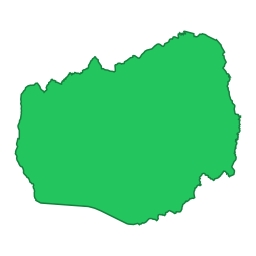 Veal Veaeng, Pouthisat, Cambodia
{"feature_id": "14789045B9222272664434", "entity_name": "Veal Veaeng", "entity_type": "district", "adm_level": 2, "iso_a3": "KHM", "parent_name": "Cambodia", "parent_adm1": "Pouthisat", "projection": "robinson", "projection_center": [103.138, 12.256], "detail": "fine", "context": "isolated", "style": "filled", "palette": "green", "viewbox_px": 256, "rotation_deg": 0, "n_neighbors": 0, "source": "geoboundaries", "source_scale": "gbopen_adm2", "svg_char_len": 5726}
<svg xmlns="http://www.w3.org/2000/svg" viewBox="0 0 256 256"><path d="M37.4,83.2L35.8,83.3L33.7,85.3L32.9,85.1L32.0,85.3L30.6,85.2L28.2,85.8L26.9,86.7L25.6,87.7L25.3,89.2L24.6,90.4L23.7,91.0L22.8,92.6L21.3,94.3L20.8,99.4L21.2,101.9L20.7,103.7L21.3,105.3L21.5,106.6L21.2,108.4L21.5,111.0L21.2,112.1L21.4,113.3L20.5,119.1L19.6,120.4L19.4,122.5L18.1,125.3L18.0,126.4L18.3,127.9L19.3,130.3L19.3,137.4L19.2,138.8L18.9,138.9L18.0,138.5L17.8,138.8L17.1,142.2L16.7,143.4L16.6,144.2L17.1,145.6L17.6,146.3L17.6,146.8L16.2,149.8L15.6,151.6L15.7,152.4L15.4,153.8L16.3,155.0L16.8,156.0L17.0,156.8L16.6,158.0L17.1,160.2L18.6,162.7L19.2,164.3L20.1,165.8L21.1,166.6L21.9,166.6L23.0,168.4L23.6,170.6L23.5,172.6L24.0,173.7L26.5,176.3L26.9,177.2L27.6,177.7L28.4,177.9L29.3,179.8L30.0,182.1L31.2,182.8L31.8,183.7L32.8,183.7L33.4,184.1L33.7,185.4L33.2,186.3L33.3,187.1L33.5,188.2L34.0,188.7L34.6,191.3L34.3,192.4L34.4,196.4L34.9,198.0L36.0,199.6L35.9,200.4L40.8,203.0L88.4,206.5L94.8,208.2L100.9,210.8L127.0,223.7L128.7,224.1L133.6,224.5L137.5,223.4L138.6,223.9L139.3,224.7L140.0,224.1L141.1,224.0L142.4,222.8L143.2,223.1L144.4,222.9L146.1,221.9L148.7,219.0L149.9,218.5L151.9,218.6L152.7,219.1L155.4,219.5L156.6,220.6L157.3,220.1L158.2,218.7L157.9,216.9L158.4,214.9L159.6,214.5L161.4,214.8L162.3,214.5L162.8,215.1L164.2,215.1L164.7,215.5L165.7,214.0L165.6,212.8L166.1,212.4L167.4,212.1L168.7,210.8L169.7,210.6L173.7,212.6L174.2,213.3L174.8,213.5L176.0,212.9L176.3,211.8L179.4,211.9L180.5,211.6L181.8,209.2L182.0,207.1L182.5,206.0L182.7,204.5L184.1,203.5L185.0,202.6L185.7,201.3L186.2,201.1L186.7,201.6L187.8,201.0L189.5,199.6L190.0,198.6L190.8,198.8L192.1,198.2L193.4,198.4L194.7,197.6L194.1,194.9L193.9,193.1L194.1,191.3L194.8,189.9L194.9,188.2L195.6,188.1L196.6,187.0L197.1,185.9L198.2,185.1L199.3,185.1L200.0,185.6L201.0,184.9L200.8,184.3L199.8,183.7L200.4,182.0L199.7,181.2L199.4,179.6L200.2,178.6L199.6,177.9L199.7,177.2L201.7,175.1L202.3,173.7L203.5,173.4L204.6,173.5L205.0,173.9L205.4,175.1L205.8,175.0L208.1,175.6L208.5,177.3L210.0,177.6L210.2,178.4L210.8,178.9L211.8,178.9L213.6,180.4L214.3,179.9L214.6,178.9L217.8,178.0L219.3,176.9L219.3,176.3L220.4,176.0L220.9,174.9L222.0,173.9L222.3,173.0L223.0,172.6L223.2,171.7L223.6,171.2L225.1,171.3L226.6,172.9L226.7,173.9L227.4,173.5L228.0,174.1L228.7,176.1L229.5,176.7L230.1,175.9L230.7,175.9L233.8,174.5L234.4,171.9L234.4,170.5L232.0,167.4L231.9,166.5L234.1,161.6L235.5,160.1L235.9,159.3L236.1,157.6L236.0,156.9L235.1,155.0L235.4,154.4L234.3,153.2L235.1,152.4L235.0,151.8L234.7,151.7L234.9,149.8L235.4,148.6L235.8,148.4L235.9,148.1L235.4,147.7L235.8,146.9L235.6,146.5L236.1,144.8L236.6,144.2L236.8,143.4L236.8,143.1L236.4,142.6L236.6,142.1L235.6,141.5L235.7,140.8L236.3,140.4L235.7,140.1L235.7,139.7L236.6,139.1L237.5,139.6L237.9,139.2L237.8,137.6L238.2,137.0L237.7,135.9L238.3,134.7L237.2,134.3L237.2,133.6L237.6,133.2L238.6,132.9L239.7,131.5L239.9,130.6L239.5,129.8L239.8,128.7L239.3,128.4L239.0,127.4L239.7,126.7L239.2,125.5L240.0,124.4L239.5,123.8L239.4,121.9L239.9,120.1L238.5,119.5L238.5,119.3L239.4,118.7L239.4,117.3L240.1,117.5L240.6,117.0L240.3,116.6L240.4,116.1L238.9,116.1L238.4,115.7L238.4,114.8L238.1,114.5L235.8,114.2L235.3,113.6L235.0,113.5L234.2,109.0L234.8,106.4L234.7,105.3L232.4,103.1L232.1,100.7L230.7,99.6L230.0,97.0L229.6,96.3L229.1,93.0L229.2,92.0L228.5,90.6L228.0,88.8L228.2,88.5L228.0,87.5L227.3,86.7L227.2,86.3L227.4,85.5L228.1,84.3L228.0,81.8L229.1,81.1L229.9,79.4L229.8,77.9L229.0,77.1L228.6,76.4L228.8,75.5L229.6,76.0L228.6,74.2L227.8,73.8L226.8,73.8L225.8,71.4L223.0,68.1L223.4,67.1L224.3,66.5L224.8,64.3L226.1,62.3L226.0,61.8L224.2,58.3L224.0,55.9L222.8,55.0L222.9,54.0L223.4,53.0L224.2,52.7L224.6,52.2L221.8,47.4L221.1,45.8L221.1,45.1L216.5,39.8L216.2,40.2L215.6,40.1L207.6,36.2L205.4,34.6L202.3,33.8L201.5,34.4L200.0,34.2L199.7,34.3L199.6,34.7L198.5,35.4L198.1,36.1L197.3,36.6L196.5,36.8L195.4,36.6L195.1,36.3L194.2,36.5L193.8,34.5L193.8,33.7L185.1,31.4L184.1,31.3L183.8,31.7L184.2,33.0L185.2,33.2L185.4,33.8L185.2,33.9L184.7,33.7L183.6,33.7L183.3,34.3L183.1,33.6L182.7,33.4L182.4,34.4L182.2,34.4L182.2,34.1L181.8,33.6L181.4,33.9L181.6,34.6L181.2,34.8L181.1,33.8L180.7,33.3L180.4,33.3L180.4,33.6L179.8,33.9L179.4,33.2L179.1,34.0L178.3,34.1L178.1,35.2L178.5,37.4L178.0,38.2L174.8,36.9L173.3,37.0L172.3,39.1L171.3,38.9L170.1,39.2L169.6,39.6L169.1,40.6L169.0,41.6L167.7,42.5L165.2,43.5L164.8,43.8L164.1,45.6L163.4,46.3L163.0,46.4L161.7,45.8L160.4,44.7L159.4,44.2L158.3,44.0L157.1,44.3L154.7,46.1L151.9,48.9L147.0,50.1L144.9,51.3L144.1,52.5L141.7,54.7L140.5,56.8L139.4,58.1L138.2,58.1L134.7,55.7L133.2,55.6L132.9,55.8L132.7,57.3L130.5,57.7L126.9,60.5L124.7,61.7L124.4,62.1L124.2,63.3L123.9,63.6L122.3,63.6L121.7,64.0L119.9,63.2L118.1,63.3L116.6,64.7L115.4,64.8L115.0,65.6L115.3,69.1L115.3,70.8L115.2,71.2L114.1,71.9L112.8,71.4L110.2,71.2L107.7,70.1L104.9,69.8L103.4,68.7L101.6,68.7L101.2,66.0L98.3,61.7L98.1,59.7L96.3,58.6L95.5,57.0L94.9,56.8L93.9,58.0L92.6,58.8L91.9,60.2L91.0,60.8L89.6,63.8L88.6,65.3L88.5,67.5L87.6,68.6L87.1,68.3L84.9,69.7L83.6,69.9L82.6,70.6L82.6,72.1L81.6,73.1L81.1,72.8L81.0,73.2L80.4,73.3L80.0,73.9L79.7,73.6L79.3,73.7L77.9,73.1L77.4,73.4L76.3,73.3L75.9,72.8L74.8,72.5L74.1,73.6L73.6,73.8L72.8,73.5L72.7,74.0L71.9,74.7L71.7,73.9L71.4,73.6L71.0,73.8L70.1,72.8L69.5,73.1L69.4,74.3L68.6,74.5L68.2,75.6L67.3,76.7L65.9,77.8L65.9,78.9L65.5,79.1L65.1,78.8L63.9,79.5L64.0,80.7L63.8,81.0L62.6,80.9L62.2,81.3L61.9,82.4L61.5,82.8L61.5,84.1L60.4,83.9L57.1,82.3L55.6,82.1L55.7,81.1L54.2,80.4L53.1,80.5L52.1,79.3L51.5,79.5L51.2,79.7L51.0,80.7L50.1,81.8L48.8,82.6L48.5,84.3L47.2,85.2L46.2,87.8L46.9,89.2L46.5,90.2L45.9,90.5L44.1,92.3L43.7,91.3L42.6,90.7L41.1,89.5L40.4,88.4L39.8,86.5L37.4,83.2Z" fill="#22c55e" stroke="#15803d" stroke-width="1.5"/></svg>